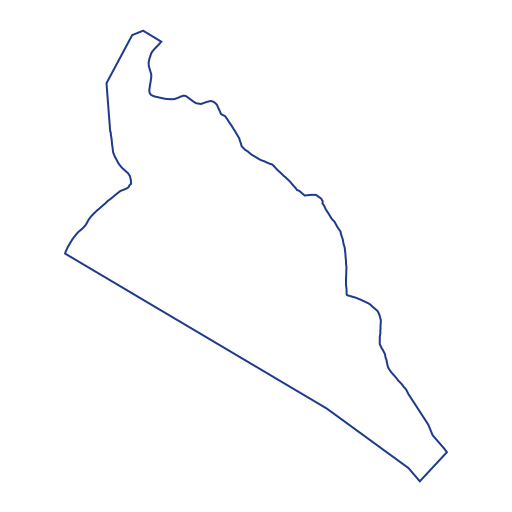 Bagatelle, Castries, Saint Lucia (Mercator projection)
{"feature_id": "8701671B55457269732014", "entity_name": "Bagatelle", "entity_type": "district", "adm_level": 2, "iso_a3": "LCA", "parent_name": "Saint Lucia", "parent_adm1": "Castries", "projection": "mercator", "projection_center": [-60.981, 13.998], "detail": "fine", "context": "isolated", "style": "outline", "palette": "blue", "viewbox_px": 512, "rotation_deg": 0, "n_neighbors": 0, "source": "geoboundaries", "source_scale": "gbopen_adm2", "svg_char_len": 3662}
<svg xmlns="http://www.w3.org/2000/svg" viewBox="0 0 512 512"><path d="M408.6,394.4L408.3,393.8L408.0,393.3L407.3,391.8L406.7,390.6L405.5,388.7L404.5,387.7L403.8,387.0L402.2,384.7L400.1,382.4L399.3,381.6L398.2,380.6L397.2,379.1L396.8,378.6L395.7,377.3L395.4,376.9L393.1,374.4L391.5,372.5L389.5,369.8L388.1,367.4L387.4,364.9L387.1,363.3L386.9,362.4L386.6,360.7L386.4,359.9L385.7,358.1L384.9,354.0L384.5,353.2L383.9,352.1L382.9,350.0L381.6,348.1L379.8,344.2L379.7,342.1L379.8,340.0L379.8,338.9L379.8,338.2L379.7,337.1L380.2,334.4L380.4,333.4L380.3,331.5L380.5,328.8L380.5,326.1L380.8,322.3L380.8,321.0L380.8,319.8L380.4,318.6L380.2,317.8L379.9,316.7L379.5,315.1L377.8,311.4L376.8,310.3L374.8,308.6L373.0,307.1L370.3,304.6L368.2,303.2L366.2,302.3L360.7,299.7L358.6,298.9L355.9,297.7L355.4,297.6L353.1,296.9L351.8,296.6L349.8,295.9L347.9,295.5L346.8,294.9L346.6,293.7L346.6,291.8L346.6,290.5L346.3,287.2L346.0,285.1L346.0,284.3L346.0,282.7L346.0,281.3L346.0,280.2L346.1,276.6L346.2,274.5L346.3,272.0L346.3,270.5L346.4,269.3L346.4,266.2L346.1,264.5L346.0,263.4L346.0,260.7L345.8,259.1L345.7,258.5L345.5,255.2L345.4,254.2L345.3,252.7L345.1,251.5L344.9,249.9L344.8,248.5L344.7,247.7L343.9,245.0L343.5,243.7L343.2,241.9L343.0,240.8L342.7,239.2L342.1,237.4L341.8,236.6L340.9,233.8L340.8,233.0L340.3,231.1L339.9,230.7L337.4,227.0L334.4,221.6L332.3,219.5L331.7,218.8L331.3,218.2L328.1,212.9L325.7,209.2L325.4,208.6L325.2,208.1L323.9,205.3L323.2,204.4L322.5,203.6L322.6,202.3L322.7,201.2L322.4,200.8L321.2,198.6L316.0,194.9L310.5,194.9L304.7,195.5L301.8,193.1L301.4,192.7L299.3,190.9L298.4,190.5L297.1,190.1L296.7,189.5L295.3,187.7L292.2,184.3L291.2,183.0L289.7,181.3L288.9,180.5L287.8,179.5L286.2,178.0L285.7,177.4L285.1,177.0L283.5,175.7L282.5,174.6L281.6,173.8L279.7,171.9L279.1,171.5L277.9,170.4L275.6,168.0L273.8,166.0L271.9,164.3L269.9,163.8L266.8,162.5L264.1,161.2L263.1,160.9L261.6,160.4L259.2,159.2L256.4,157.5L254.8,156.5L254.3,156.2L253.5,155.8L252.0,154.9L251.4,154.5L249.9,153.3L247.5,151.2L246.4,150.6L245.5,150.1L243.6,148.3L241.6,146.1L240.9,143.5L240.0,141.0L239.7,140.1L239.5,139.4L239.4,138.7L238.0,136.2L236.2,133.3L235.2,131.5L234.5,130.4L233.7,129.2L232.5,127.2L231.3,125.3L230.2,123.7L229.1,122.2L227.8,120.0L227.0,118.8L226.5,118.2L226.0,117.4L225.0,116.1L222.0,114.6L221.0,114.1L220.0,111.6L216.8,104.6L215.0,102.8L213.7,102.0L212.7,101.5L211.6,101.2L210.9,101.0L209.8,101.2L206.6,102.0L204.5,102.7L201.0,104.0L196.0,103.2L192.6,101.0L188.9,98.2L186.0,96.1L185.1,95.9L183.7,95.6L182.6,96.0L180.8,96.5L179.4,97.2L178.8,97.5L176.5,98.3L174.7,99.0L173.7,99.1L172.9,99.2L170.1,99.2L167.2,99.0L165.1,98.8L158.2,97.3L157.1,97.0L155.4,96.7L153.0,95.9L151.1,94.9L150.0,93.6L149.7,93.0L149.4,91.5L149.3,89.9L149.7,87.4L150.0,85.3L150.6,81.7L151.3,76.7L151.2,74.0L150.7,72.5L149.8,69.5L149.3,67.7L148.8,66.0L148.7,64.1L148.6,62.6L148.9,61.2L149.2,59.6L151.2,53.3L151.7,52.5L152.5,51.3L154.2,49.3L154.8,48.6L156.0,47.4L157.1,46.3L159.0,44.3L161.3,41.7L143.1,30.7L132.2,35.1L106.5,83.2L110.2,131.5L110.7,132.3L110.9,134.8L111.6,139.1L112.1,144.8L112.4,146.3L113.1,152.2L114.8,156.7L116.0,158.7L118.2,162.9L119.8,165.2L122.1,167.9L125.8,171.3L128.0,173.2L129.8,175.9L130.8,179.7L131.1,183.8L129.4,185.4L128.5,187.2L127.2,188.2L124.0,189.6L120.4,191.0L117.6,193.1L114.7,195.5L111.6,198.1L107.8,200.9L105.3,203.4L102.7,205.6L99.3,208.6L97.1,210.4L94.4,213.0L91.4,216.0L88.6,219.7L86.3,224.0L85.1,225.7L82.4,228.6L78.4,231.9L76.8,233.7L74.6,236.4L72.4,239.3L70.0,243.3L67.9,246.8L65.6,251.8L65.1,253.6L326.7,408.5L408.5,468.1L419.8,481.3L446.9,452.2L444.2,448.6L432.6,435.2L428.3,424.7L415.0,404.2L408.6,394.4Z" fill="none" stroke="#1e3a8a" stroke-width="2"/></svg>